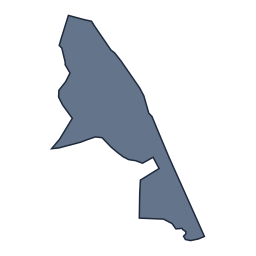 the district of Mirabad, Tashkent, Uzbekistan
{"feature_id": "79887680B42032774497005", "entity_name": "Mirabad", "entity_type": "district", "adm_level": 2, "iso_a3": "UZB", "parent_name": "Uzbekistan", "parent_adm1": "Tashkent", "projection": "orthographic", "projection_center": [69.266, 41.239], "detail": "fine", "context": "isolated", "style": "filled", "palette": "slate", "viewbox_px": 256, "rotation_deg": 0, "n_neighbors": 0, "source": "geoboundaries", "source_scale": "gbopen_adm2", "svg_char_len": 753}
<svg xmlns="http://www.w3.org/2000/svg" viewBox="0 0 256 256"><path d="M185.4,239.5L190.6,240.6L198.6,238.9L204.4,236.4L168.9,157.1L158.4,132.1L152.0,116.6L148.8,113.2L143.8,95.8L139.6,87.9L120.8,60.7L114.8,53.1L110.9,50.0L95.0,26.8L91.5,21.2L84.4,19.7L68.4,15.4L60.8,39.9L59.2,45.4L61.8,48.1L65.2,62.1L65.2,64.8L70.0,73.0L65.7,81.7L58.9,90.3L58.6,97.1L62.7,105.1L72.3,118.3L59.6,139.2L51.6,148.7L59.0,147.9L81.2,142.0L86.6,139.9L95.3,136.9L102.1,137.7L111.0,147.0L117.4,152.4L123.2,156.8L128.7,159.6L135.7,160.7L142.5,163.2L153.1,157.3L159.1,168.5L140.4,180.1L139.7,193.4L139.3,218.1L163.4,219.1L172.0,223.5L175.9,228.9L182.0,228.4L182.6,229.4L185.8,231.7L185.8,234.0L183.5,236.2L185.4,239.5Z" fill="#64748b" stroke="#1e293b" stroke-width="1.5"/></svg>